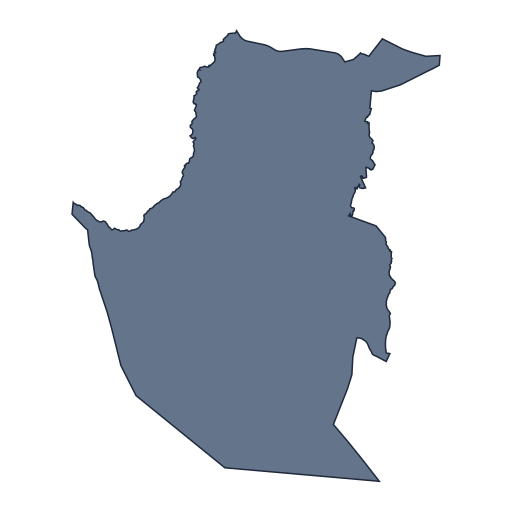 outline of Tlalpan, Distrito Federal, Mexico
{"feature_id": "50627088B11005238011149", "entity_name": "Tlalpan", "entity_type": "district", "adm_level": 2, "iso_a3": "MEX", "parent_name": "Mexico", "parent_adm1": "Distrito Federal", "projection": "natural_earth1", "projection_center": [-99.188, 19.201], "detail": "fine", "context": "isolated", "style": "filled", "palette": "slate", "viewbox_px": 512, "rotation_deg": 0, "n_neighbors": 0, "source": "geoboundaries", "source_scale": "gbopen_adm2", "svg_char_len": 5975}
<svg xmlns="http://www.w3.org/2000/svg" viewBox="0 0 512 512"><path d="M136.1,395.7L224.9,467.8L379.3,481.3L361.6,458.6L348.1,441.9L333.4,424.5L347.6,388.4L351.9,374.7L352.8,357.2L356.8,337.9L359.2,338.0L361.6,338.6L365.6,341.2L367.4,343.5L369.4,348.4L371.3,351.6L372.1,353.7L372.6,354.3L374.2,355.4L375.8,356.0L386.2,361.5L389.9,353.6L388.6,353.3L387.5,353.4L386.1,352.6L385.9,351.9L386.1,350.7L385.6,348.9L385.4,343.1L385.8,338.3L386.3,335.9L387.0,334.2L387.5,332.1L389.3,328.6L389.8,326.6L390.1,321.9L389.5,317.5L389.4,315.5L389.6,314.6L390.4,313.8L390.4,313.5L388.8,311.0L388.0,310.1L386.8,308.0L386.5,305.7L386.1,304.8L386.4,303.2L386.3,301.1L386.5,300.6L387.2,298.0L387.8,296.8L388.6,294.4L389.8,292.9L390.2,290.1L390.4,289.8L390.9,289.6L391.3,288.9L392.1,288.7L393.1,286.8L394.7,285.1L395.4,283.4L395.3,282.8L394.5,281.3L393.5,280.3L392.5,279.6L390.5,277.3L390.4,276.4L389.2,275.2L389.3,273.2L389.0,271.9L389.5,270.5L389.5,269.8L390.2,268.8L390.1,268.4L390.5,267.0L389.6,265.3L390.0,264.5L391.2,263.2L391.1,262.4L391.6,261.5L391.2,261.2L391.2,260.9L391.9,258.8L391.9,258.3L391.5,258.0L391.4,257.3L391.1,256.9L391.5,251.6L389.8,251.2L390.2,249.9L388.8,249.2L388.3,248.4L387.8,246.7L386.2,244.6L386.0,243.5L386.4,242.1L386.2,241.5L385.6,240.8L385.6,238.6L385.4,238.0L385.5,237.5L376.1,225.9L348.6,215.9L350.1,213.6L350.3,214.4L351.1,216.1L351.4,216.3L351.9,216.2L352.6,214.6L352.7,213.1L353.4,210.5L353.6,210.3L353.9,210.7L354.2,210.3L354.1,209.7L354.3,208.8L354.1,208.3L353.6,207.9L352.1,207.8L351.5,207.5L350.8,206.4L350.4,205.1L351.1,203.8L352.1,198.5L353.0,196.9L353.2,195.4L355.1,191.8L355.1,190.8L355.3,190.1L354.9,188.5L355.0,187.5L355.3,187.6L355.5,188.5L357.1,188.9L357.3,188.4L357.0,187.9L356.9,187.6L358.0,186.5L358.4,185.6L358.9,185.3L359.2,184.3L359.7,184.8L358.9,186.2L358.9,187.0L359.8,187.8L362.4,188.5L363.0,188.5L364.0,188.0L364.8,188.2L365.1,188.0L365.6,187.9L360.4,176.3L361.1,176.0L361.8,176.1L362.5,177.0L362.8,178.2L363.7,178.2L366.4,177.4L366.5,176.4L366.0,169.4L366.0,167.2L369.3,168.4L369.4,169.0L369.8,169.4L370.4,169.6L370.3,169.4L370.5,169.2L371.4,169.5L372.6,169.5L375.1,164.7L374.3,163.9L373.3,161.9L372.9,161.5L372.6,160.7L370.6,159.2L370.3,158.6L370.4,157.1L371.1,155.3L371.9,154.6L372.1,154.1L372.4,154.0L372.5,153.3L373.0,152.7L372.9,151.3L373.5,150.0L373.8,149.8L374.3,147.1L374.0,145.6L373.2,144.0L372.3,143.4L371.9,142.4L372.8,141.5L373.0,140.7L371.6,138.9L370.2,137.8L369.2,135.9L369.1,134.4L369.6,132.6L369.1,129.4L369.2,128.0L369.0,127.5L369.1,123.0L369.0,122.8L367.6,123.2L367.7,121.8L364.8,121.3L365.2,119.9L366.5,117.1L367.5,117.2L368.5,115.1L368.9,114.8L369.6,114.8L371.2,109.0L371.3,108.6L369.7,108.2L370.2,104.7L371.4,90.8L374.5,91.4L376.9,91.5L381.6,91.0L399.0,85.3L400.7,84.7L427.7,71.1L433.0,68.6L439.3,65.2L440.0,55.5L425.9,56.3L412.9,52.6L407.7,50.9L402.3,48.9L382.3,38.8L380.8,40.9L368.8,56.3L364.3,54.3L361.1,53.6L360.6,52.9L358.2,55.3L353.4,59.5L344.8,61.9L341.8,57.3L340.7,56.0L339.1,54.7L337.7,53.8L335.2,52.9L309.8,48.8L306.1,48.6L300.9,48.9L281.9,51.4L278.5,51.3L275.6,50.3L270.4,47.1L266.9,45.5L264.6,44.8L248.0,41.3L246.1,40.9L244.4,40.1L242.4,38.8L240.3,36.6L237.5,32.4L236.6,30.7L235.7,32.6L235.3,33.0L229.8,33.5L228.6,33.8L228.1,34.1L227.7,35.4L223.5,39.2L223.3,39.8L223.5,41.0L223.3,41.4L221.7,42.3L220.5,42.4L219.1,43.7L216.2,45.3L215.9,47.7L215.6,47.9L215.4,49.5L215.1,49.4L214.9,50.5L214.3,51.9L215.6,52.5L214.4,53.6L213.6,53.9L213.7,55.4L214.2,55.3L214.8,55.7L214.6,56.4L214.8,58.5L215.2,59.8L214.9,60.6L214.0,62.2L210.1,65.6L209.5,65.3L209.0,65.4L208.9,65.8L209.4,66.4L209.2,66.7L207.1,67.1L204.6,66.2L201.7,67.5L201.2,67.2L200.0,67.6L199.0,69.4L199.7,69.9L198.4,70.0L197.5,71.9L197.2,72.8L197.6,77.0L198.3,77.3L199.3,78.1L200.5,79.6L200.6,80.7L201.0,81.5L200.7,82.2L199.7,82.9L199.0,84.9L197.8,87.2L197.3,87.6L197.5,88.3L198.3,89.2L198.9,89.3L199.0,89.9L198.7,90.2L196.3,91.5L196.1,92.0L196.7,93.0L196.6,93.8L195.2,95.3L193.9,95.8L194.1,97.7L193.3,100.8L193.2,102.4L194.0,103.6L194.2,103.4L194.7,103.6L195.5,104.3L195.8,104.1L196.4,104.7L196.1,106.2L194.4,110.3L195.0,111.2L195.3,111.4L195.8,112.5L196.4,116.6L195.9,117.5L194.0,118.9L192.1,121.2L191.9,121.9L192.1,123.5L191.4,124.6L190.4,125.1L190.2,126.8L190.4,127.3L192.7,129.6L192.9,130.4L192.7,132.9L192.2,133.9L191.6,134.9L190.0,135.8L190.7,136.9L192.5,138.5L193.6,138.5L194.9,137.6L195.4,137.5L195.7,138.0L195.7,138.7L194.7,140.1L193.1,141.7L193.4,142.8L194.1,143.7L193.4,146.0L194.1,147.7L194.5,151.1L194.1,151.6L193.4,154.0L193.4,155.6L193.3,156.0L192.2,157.3L191.1,157.7L189.7,158.9L189.4,160.0L189.3,161.7L188.6,163.2L187.6,163.0L187.1,163.2L185.9,164.0L185.8,164.8L185.5,165.2L184.6,165.3L184.4,166.3L184.9,166.9L185.0,167.3L183.5,169.2L182.2,171.9L182.2,172.7L182.5,173.4L183.2,174.2L183.5,175.9L182.7,176.7L182.2,177.8L181.8,179.6L180.3,181.7L180.7,183.6L180.7,184.7L180.3,186.0L179.4,187.3L177.7,188.8L176.4,189.5L175.6,190.5L174.8,191.9L172.8,192.0L172.2,193.4L170.0,196.0L166.5,198.2L163.9,198.8L161.7,200.1L159.4,202.2L159.1,202.8L157.0,203.5L154.1,205.9L153.4,206.9L151.9,208.2L149.9,208.7L149.5,209.7L148.1,210.9L147.2,211.9L146.7,212.9L145.9,213.6L145.0,214.1L143.9,215.1L144.2,218.2L143.8,221.0L143.6,221.1L143.1,222.3L141.0,224.1L140.4,224.5L140.2,225.7L138.7,227.7L137.0,228.8L133.4,230.1L132.2,229.9L131.7,230.1L129.8,231.2L128.6,231.3L128.1,231.0L127.6,230.3L126.0,230.0L124.7,230.8L123.2,230.7L120.6,231.1L120.2,231.0L119.0,229.9L118.5,229.7L117.8,229.9L114.4,228.2L112.8,229.7L112.1,229.8L111.5,229.6L109.5,227.3L108.4,226.7L107.5,224.7L105.4,221.8L103.5,221.0L101.1,221.9L99.3,221.8L98.1,220.9L97.3,220.8L95.6,219.3L94.5,218.1L93.9,217.1L90.0,212.7L88.7,212.4L86.0,210.3L85.0,209.9L83.3,207.6L82.7,207.5L81.8,206.7L81.2,206.8L80.2,205.6L78.8,205.1L77.6,205.5L75.8,204.1L74.0,203.3L73.2,202.3L72.0,214.2L85.9,228.6L87.6,229.9L89.3,245.2L91.7,252.3L92.2,256.6L93.0,261.2L93.1,263.4L95.0,276.2L97.5,281.1L99.4,288.8L107.3,312.5L111.5,327.8L120.9,365.6L136.1,395.7Z" fill="#64748b" stroke="#1e293b" stroke-width="1.5"/></svg>